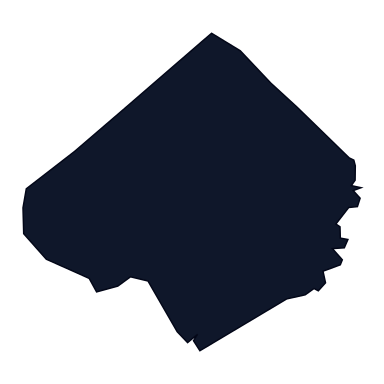 outline of Pulaski, Kentucky, United States of America
{"feature_id": "52423323B4413103622838", "entity_name": "Pulaski", "entity_type": "district", "adm_level": 2, "iso_a3": "USA", "parent_name": "United States of America", "parent_adm1": "Kentucky", "projection": "robinson", "projection_center": [-84.502, 37.111], "detail": "fine", "context": "isolated", "style": "filled", "palette": "ink", "viewbox_px": 384, "rotation_deg": 0, "n_neighbors": 0, "source": "geoboundaries", "source_scale": "gbopen_adm2", "svg_char_len": 695}
<svg xmlns="http://www.w3.org/2000/svg" viewBox="0 0 384 384"><path d="M199.9,350.7L286.7,298.9L305.2,294.8L314.0,288.5L318.3,290.8L325.5,282.8L323.0,271.2L340.3,264.8L342.3,259.8L332.4,248.6L344.3,247.8L347.9,239.5L340.3,238.1L340.0,226.8L335.9,224.0L348.7,207.5L357.4,206.6L360.1,198.2L353.2,190.6L361.0,187.7L351.3,185.6L355.1,180.2L355.3,165.8L353.8,160.1L349.2,157.9L297.3,107.4L270.8,83.1L240.3,50.8L211.6,33.3L202.1,41.4L123.3,109.6L74.5,151.5L26.3,188.8L23.0,207.8L23.7,233.7L46.3,259.2L61.3,265.9L75.9,272.4L89.2,278.4L96.6,291.9L117.8,286.1L130.5,276.8L148.0,281.0L177.2,331.7L187.6,342.6L197.6,334.2L193.5,340.7L199.9,350.7Z" fill="#0f172a" stroke="#020617" stroke-width="1.5"/></svg>